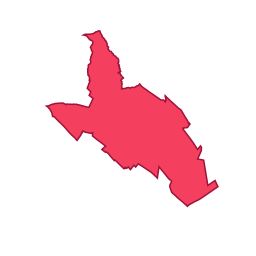 outline of Atitalaquia, Hidalgo, Mexico, rotated 233°
{"feature_id": "50627088B26286017381261", "entity_name": "Atitalaquia", "entity_type": "district", "adm_level": 2, "iso_a3": "MEX", "parent_name": "Mexico", "parent_adm1": "Hidalgo", "projection": "albers", "projection_center": [-99.201, 20.06], "detail": "fine", "context": "isolated", "style": "filled", "palette": "rose", "viewbox_px": 256, "rotation_deg": 233, "n_neighbors": 0, "source": "geoboundaries", "source_scale": "gbopen_adm2", "svg_char_len": 5709}
<svg xmlns="http://www.w3.org/2000/svg" viewBox="0 0 256 256"><g transform="rotate(233 128 128)"><path d="M70.3,121.3L72.9,123.9L77.1,128.1L78.4,129.4L76.3,129.5L69.3,129.8L62.8,130.0L59.5,130.9L59.2,130.7L58.7,129.9L58.2,129.0L57.0,126.8L56.0,126.1L53.3,125.1L50.4,124.2L49.9,124.3L49.1,124.3L48.2,124.5L47.7,124.8L47.5,124.7L44.2,125.4L43.8,125.5L43.5,125.4L43.3,125.4L41.1,125.9L39.1,126.4L37.6,126.8L30.1,128.3L29.7,128.3L29.8,129.1L30.1,128.9L29.0,137.5L28.7,138.3L28.1,141.7L27.8,145.6L27.5,152.5L27.0,164.5L33.7,165.9L34.1,157.2L56.8,169.1L61.3,165.0L65.7,172.8L68.0,174.8L68.3,174.9L68.4,175.0L70.1,175.1L69.0,170.7L76.0,171.1L80.7,171.3L82.1,171.3L85.4,171.3L92.9,171.3L93.3,171.4L94.0,171.3L94.8,171.8L94.5,172.3L94.1,173.1L92.8,175.4L92.6,175.8L93.6,179.0L93.8,179.9L94.4,179.9L94.5,179.9L95.3,179.9L95.4,179.2L96.1,179.5L96.6,179.6L98.5,180.0L99.6,180.1L102.0,180.2L102.6,180.3L110.3,181.2L113.2,180.4L113.5,180.1L114.0,180.0L114.8,180.0L117.0,179.6L119.3,179.2L120.4,179.0L120.9,178.9L121.1,178.9L123.4,178.4L128.0,177.6L128.5,177.5L128.9,177.4L130.3,177.3L131.4,177.1L131.0,176.8L130.4,176.6L129.9,176.3L129.3,176.2L129.0,175.9L128.3,175.8L128.2,175.6L127.8,175.1L127.0,174.5L126.3,173.5L126.6,173.4L127.0,173.4L127.3,173.7L129.0,173.3L130.1,171.6L130.6,171.2L139.0,168.4L143.7,166.8L146.1,166.1L152.6,164.0L156.1,163.9L156.0,163.6L155.9,162.9L155.8,161.9L155.9,161.3L156.4,159.9L156.4,159.6L156.3,159.1L156.3,158.7L156.4,158.1L157.0,156.9L157.8,156.0L158.3,155.4L158.5,154.6L158.5,153.9L158.7,153.5L159.2,153.3L160.1,152.7L161.0,150.9L161.0,150.0L162.1,148.4L162.5,147.2L163.1,146.5L164.1,147.6L165.2,148.0L166.2,149.2L166.8,150.0L167.8,150.0L168.8,151.1L170.3,150.8L170.8,152.3L170.7,152.3L170.7,154.5L173.4,154.2L174.5,154.1L174.6,154.3L175.3,154.2L175.8,154.3L176.6,154.6L177.2,155.1L177.5,155.3L177.6,155.2L177.6,154.3L177.7,153.3L178.1,153.4L177.7,156.2L177.7,156.3L180.3,156.7L180.2,157.3L182.7,157.7L182.6,158.4L183.9,158.6L183.9,158.9L185.8,158.9L186.2,160.3L188.4,161.6L189.0,161.9L189.7,161.8L191.5,161.1L192.6,161.4L193.2,161.0L193.6,160.9L194.0,160.7L194.7,160.5L195.0,160.5L195.4,160.4L195.6,160.5L195.9,160.6L196.0,160.7L196.1,160.8L196.4,160.6L196.5,160.5L197.2,160.5L197.5,160.4L198.6,160.6L199.0,160.6L199.6,160.4L199.9,159.9L200.3,159.6L200.6,159.5L200.9,159.5L201.2,159.6L201.7,159.7L202.4,159.7L202.5,159.6L202.9,159.6L203.0,159.7L203.2,159.8L203.5,160.0L203.8,160.4L204.0,160.9L204.1,161.0L204.8,161.1L205.0,161.1L205.3,160.9L205.6,160.7L205.8,160.6L206.3,160.7L206.4,160.9L206.6,161.1L207.2,161.4L207.4,161.7L207.6,161.8L208.0,162.1L208.5,162.1L208.9,162.3L209.4,162.5L209.6,162.6L209.8,162.5L210.4,162.4L210.8,162.7L211.3,162.7L211.7,162.5L211.9,162.5L212.2,162.4L212.7,162.7L213.5,162.8L213.9,162.7L214.3,162.6L214.5,162.6L215.1,162.6L215.3,162.5L215.5,162.4L216.0,162.4L216.8,162.6L217.2,162.8L217.8,162.9L218.7,163.1L219.4,163.1L219.9,163.0L222.1,163.9L222.5,163.9L223.0,163.2L223.5,162.7L223.5,161.6L223.7,160.8L224.2,160.1L224.1,159.4L224.2,158.6L224.3,157.9L224.2,157.2L224.9,155.8L225.4,154.8L226.0,153.7L226.9,152.6L227.4,151.8L228.1,151.0L228.7,150.0L228.9,149.3L229.0,148.5L228.6,149.0L227.3,149.7L226.6,150.3L225.4,150.5L224.3,150.5L222.7,150.5L221.2,150.7L219.7,151.6L218.9,151.8L218.7,151.8L217.7,151.7L217.3,151.3L216.7,150.6L216.1,149.3L215.8,148.3L215.5,147.5L215.0,146.5L214.1,146.4L212.8,146.0L212.2,145.6L211.6,145.5L210.7,145.5L210.2,145.6L209.9,145.3L209.5,144.7L209.1,144.5L208.8,144.2L208.5,143.6L208.5,143.2L208.3,142.9L208.1,142.5L207.7,142.3L207.4,142.0L207.2,141.2L206.9,140.8L206.6,140.5L206.2,140.2L205.5,139.2L205.1,138.9L204.7,138.6L204.3,138.5L204.0,138.5L203.6,138.4L203.2,138.0L203.0,137.8L202.4,137.1L202.2,136.6L202.0,135.9L202.3,135.3L202.3,134.8L202.1,134.2L201.8,133.8L201.5,133.6L201.0,133.3L200.1,132.6L199.5,131.7L199.5,131.4L197.1,129.8L197.1,129.6L196.9,129.4L196.4,129.3L195.5,128.7L194.8,128.2L194.5,127.9L194.0,128.3L193.3,128.1L192.2,127.8L191.9,127.6L191.4,127.5L190.8,127.2L189.5,125.8L189.0,126.4L188.6,126.0L187.0,123.6L186.4,122.7L186.1,122.3L185.1,120.6L184.2,119.3L183.8,119.4L183.5,119.4L183.0,119.5L182.6,119.5L181.1,119.8L180.8,119.8L180.1,119.9L179.5,120.0L179.2,120.0L177.5,116.6L177.1,116.6L176.9,116.8L176.7,116.8L174.9,117.3L174.5,117.4L173.1,117.7L172.6,117.8L170.9,114.6L169.3,111.7L168.1,109.1L168.9,108.3L175.2,103.4L177.7,101.3L178.1,101.0L178.1,100.9L179.3,99.3L179.8,99.0L179.7,98.7L180.8,97.3L181.3,96.6L181.6,96.4L183.0,94.6L183.4,94.2L184.5,92.6L184.3,92.4L186.9,91.2L187.7,90.2L188.3,89.3L188.6,88.9L189.8,87.1L190.5,85.9L191.7,84.2L191.6,83.8L191.7,83.4L191.9,83.0L192.3,82.4L192.7,81.6L193.2,79.4L193.5,77.9L194.0,77.1L194.5,76.1L192.9,76.6L190.2,76.8L189.3,76.8L188.6,76.7L187.0,76.5L185.5,76.1L184.4,75.5L183.9,75.3L183.5,75.3L183.2,75.1L182.6,75.0L182.5,74.8L181.8,75.6L181.5,75.7L180.9,75.9L180.2,76.0L175.3,76.6L172.4,77.1L169.7,77.5L166.5,77.9L163.0,78.1L159.1,78.4L156.2,78.8L152.0,79.6L150.5,79.7L149.3,79.7L148.7,79.8L150.7,86.0L151.0,86.0L151.8,88.7L152.3,88.6L152.8,90.0L150.1,91.5L148.8,92.8L147.4,94.0L146.1,95.1L145.7,95.6L145.4,96.9L143.8,95.4L143.0,94.8L138.7,96.0L137.1,96.3L135.8,96.8L131.8,97.9L126.9,99.2L126.9,98.7L126.9,98.3L126.8,96.8L126.7,95.0L126.6,94.2L124.1,94.8L123.2,95.1L122.0,95.5L121.9,95.8L121.9,96.3L120.3,96.7L118.9,96.9L115.4,97.0L113.2,97.2L110.4,97.4L110.2,97.4L110.2,97.7L110.3,98.0L110.3,98.3L110.1,98.4L102.6,99.5L97.9,100.2L97.8,100.3L98.2,101.7L97.3,101.9L97.7,102.5L96.8,102.7L96.8,102.9L96.6,103.0L96.7,104.8L93.3,104.9L93.7,106.5L94.0,107.8L94.6,110.3L92.2,110.6L92.5,111.8L92.8,113.1L93.1,114.3L93.8,114.4L91.6,115.2L91.7,115.3L82.8,118.4L80.9,119.1L78.1,120.0L71.9,121.1L70.3,121.3Z" fill="#f43f5e" stroke="#9f1239" stroke-width="1.5"/></g></svg>